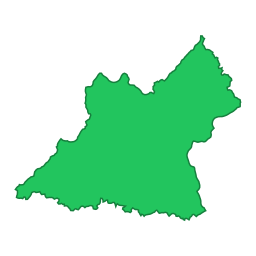 Serra do Salitre, Minas Gerais, Brazil
{"feature_id": "56859067B6682563181647", "entity_name": "Serra do Salitre", "entity_type": "district", "adm_level": 2, "iso_a3": "BRA", "parent_name": "Brazil", "parent_adm1": "Minas Gerais", "projection": "orthographic", "projection_center": [-46.658, -19.126], "detail": "fine", "context": "isolated", "style": "filled", "palette": "green", "viewbox_px": 256, "rotation_deg": 0, "n_neighbors": 0, "source": "geoboundaries", "source_scale": "gbopen_adm2", "svg_char_len": 5788}
<svg xmlns="http://www.w3.org/2000/svg" viewBox="0 0 256 256"><path d="M200.8,35.9L200.6,37.6L200.6,39.7L199.8,41.6L198.5,42.9L197.1,44.3L195.4,45.3L194.5,46.9L194.1,48.2L193.6,49.5L192.4,50.3L191.2,50.4L190.4,51.4L189.1,52.5L188.0,53.9L187.1,54.7L186.2,55.8L184.8,57.2L183.7,59.0L181.9,60.1L181.0,61.7L180.6,63.2L178.0,65.6L176.6,66.5L176.0,67.8L175.7,69.5L174.6,70.3L173.6,71.2L172.4,71.6L171.5,72.8L170.2,73.3L169.2,74.6L168.5,76.0L167.7,77.4L166.7,78.7L164.5,80.9L163.2,80.3L162.1,79.6L160.8,80.0L159.7,80.9L158.7,82.0L157.5,81.3L156.2,82.1L154.3,82.9L154.5,85.3L153.1,86.6L153.2,87.9L153.0,89.3L153.8,90.3L154.5,91.9L153.7,93.6L152.4,93.1L151.4,92.4L150.0,92.5L149.0,93.6L147.6,94.2L146.2,94.6L144.5,94.6L142.7,93.8L141.7,92.7L140.8,91.0L139.1,89.2L137.5,88.0L135.5,86.9L134.2,85.3L132.9,85.1L130.3,85.0L129.2,84.5L128.0,82.7L128.6,80.6L129.1,79.3L128.5,77.7L127.5,76.5L127.2,75.0L125.9,73.9L124.4,73.3L123.0,73.9L122.2,74.8L121.4,76.0L120.7,77.8L120.0,79.2L119.3,80.2L117.9,81.2L116.8,81.8L115.5,82.2L114.3,82.4L113.1,82.4L111.4,82.0L109.9,81.2L108.7,80.5L107.6,78.9L106.4,77.6L104.0,76.2L102.5,75.0L101.5,73.3L99.8,73.2L98.4,74.6L97.4,76.3L96.2,78.1L95.4,79.1L94.4,80.1L93.3,81.6L93.0,83.8L92.3,85.5L91.3,86.4L90.0,86.8L88.2,86.7L85.9,87.3L85.5,89.4L85.4,91.2L85.8,93.0L86.4,94.3L86.2,95.9L85.6,97.4L85.8,99.4L85.6,101.6L85.1,103.3L85.9,104.3L86.0,105.8L85.9,107.1L86.7,108.4L87.7,110.2L87.9,112.1L88.7,113.8L90.2,113.8L90.8,115.1L90.0,117.3L89.4,119.1L88.0,119.8L85.7,121.6L86.2,123.4L87.0,124.9L86.4,126.1L85.2,126.6L85.2,128.4L84.0,129.0L82.6,129.3L81.4,130.9L80.5,132.3L78.8,135.6L77.7,137.1L77.4,139.0L76.0,140.4L74.3,141.5L72.6,141.8L70.7,142.0L68.7,141.7L67.4,140.8L66.1,141.0L64.6,140.8L62.7,140.3L61.0,138.8L59.9,140.1L58.2,142.7L57.5,144.3L57.4,146.2L56.4,146.9L57.6,149.6L57.3,151.2L56.6,153.0L55.1,154.0L54.1,155.4L52.2,156.0L50.5,157.0L50.1,158.8L47.8,162.0L46.4,162.7L45.5,163.7L43.7,166.1L41.6,167.0L40.6,168.2L39.4,168.5L37.7,168.8L36.3,169.7L35.5,170.8L34.7,171.8L34.2,174.3L33.8,176.1L32.4,176.6L30.8,177.0L29.7,178.0L28.2,179.0L25.0,182.2L24.2,183.7L23.3,184.6L22.0,184.8L20.5,184.9L19.4,184.6L18.8,186.1L17.6,186.7L16.5,187.9L15.4,189.5L17.4,190.5L17.5,192.5L17.3,194.7L16.8,195.9L16.5,197.4L17.7,198.0L19.3,198.3L21.0,198.1L22.7,198.6L24.0,197.0L25.3,197.3L25.8,199.4L27.5,199.3L30.3,195.9L31.2,194.3L31.7,192.6L33.2,191.9L34.6,191.7L36.0,192.5L38.2,192.2L39.8,191.7L40.6,193.2L41.6,194.5L44.8,194.1L45.1,195.4L45.6,196.8L46.6,197.8L48.2,197.6L49.4,197.4L50.6,197.5L51.8,197.4L53.3,198.1L54.3,199.1L55.5,198.6L57.0,198.1L59.0,199.1L59.0,200.9L57.6,202.7L58.7,204.0L60.2,203.9L61.6,203.4L62.9,204.4L64.2,204.2L64.4,206.0L66.2,205.7L67.7,206.3L68.7,207.7L69.8,208.7L70.7,210.5L73.2,210.7L74.7,209.2L75.9,208.7L77.0,209.4L78.3,209.7L79.4,208.5L80.1,207.5L81.0,206.5L82.2,206.1L83.5,206.4L84.9,207.6L86.2,206.5L88.3,206.3L89.8,205.6L91.1,205.6L92.7,206.1L93.4,208.8L95.4,209.3L96.6,209.1L97.8,207.8L96.7,205.9L98.0,204.5L99.2,204.2L100.0,203.1L100.4,201.2L100.4,199.9L100.7,198.3L102.1,198.4L103.0,200.1L103.1,202.0L104.9,201.3L106.2,200.2L107.5,200.1L107.7,201.7L108.3,203.1L109.9,203.3L111.6,203.1L112.9,202.4L114.3,202.5L115.1,204.0L115.8,206.5L116.5,204.7L117.4,203.8L118.6,204.9L119.9,205.3L122.1,205.5L123.8,205.9L125.4,206.1L124.1,207.3L122.9,207.8L122.6,209.1L124.1,210.4L125.2,211.9L126.9,211.6L128.7,211.8L130.2,212.5L131.4,211.5L131.2,209.7L132.7,207.9L134.2,208.9L135.3,209.5L137.0,209.5L138.5,210.1L138.4,211.8L139.3,212.8L139.9,214.1L140.9,215.6L141.7,214.3L143.0,214.7L144.1,216.2L144.9,215.3L146.1,214.8L150.1,214.1L151.8,213.4L153.3,212.5L154.6,212.1L155.5,210.8L156.8,210.2L159.2,213.2L160.4,213.0L161.8,212.6L163.4,212.8L165.5,212.3L167.1,212.9L168.0,214.6L169.1,216.1L171.8,213.6L173.7,213.5L175.7,214.5L176.0,216.1L177.2,216.4L178.5,215.9L179.8,216.8L180.5,218.0L181.6,218.6L182.9,218.3L183.2,219.5L184.6,220.1L184.8,218.9L186.0,218.3L187.5,218.8L189.0,219.8L189.6,218.6L190.0,217.3L191.4,216.4L192.5,214.6L193.9,214.4L196.3,216.5L197.4,215.5L198.4,214.7L200.0,214.2L201.2,213.3L204.4,211.3L205.7,210.7L204.6,208.9L204.0,207.7L202.8,207.2L201.8,206.1L201.0,204.5L200.8,202.8L200.8,201.1L200.5,199.5L199.9,197.8L199.3,195.9L198.5,194.1L197.5,192.5L196.9,191.3L197.9,190.3L198.9,189.2L199.7,187.5L199.7,185.1L199.2,183.2L198.8,181.6L196.9,178.4L196.2,176.8L196.0,175.1L195.5,173.0L195.0,171.1L194.7,169.5L194.6,168.1L193.9,167.0L191.2,166.2L189.9,164.9L189.1,163.2L188.7,161.8L188.3,160.4L187.7,158.8L187.1,156.8L186.9,155.1L187.2,153.6L187.8,152.0L188.4,150.7L190.7,148.3L191.5,146.9L191.7,145.3L192.6,142.1L193.5,141.1L195.2,141.4L196.5,141.9L197.9,142.2L199.7,141.8L201.1,141.4L202.3,141.4L203.6,141.8L204.9,141.7L206.1,140.9L207.9,139.0L209.5,138.0L210.7,137.1L211.1,135.7L211.2,134.2L210.8,132.7L211.4,130.9L214.0,128.2L212.8,126.3L212.2,124.2L212.4,122.4L212.7,121.1L213.3,119.8L214.6,118.2L216.5,117.3L218.3,116.7L220.3,116.6L221.9,116.6L223.3,116.3L225.1,115.7L226.6,115.1L227.7,114.5L230.7,112.6L232.2,111.9L233.6,111.0L234.6,110.1L236.0,109.0L237.1,107.6L238.8,107.1L240.1,106.6L240.2,105.0L240.1,103.4L240.6,102.3L240.0,99.7L238.1,98.9L237.0,97.9L235.8,97.4L234.5,97.1L233.6,94.0L232.4,92.4L231.7,90.9L230.6,90.2L229.3,89.8L228.0,90.2L227.2,88.5L227.1,87.2L228.4,86.8L229.8,85.9L230.2,81.6L231.7,80.4L231.4,78.7L230.4,77.6L228.9,76.5L228.1,74.9L226.3,74.7L224.2,74.0L222.9,75.1L221.7,74.9L221.2,73.8L221.8,72.0L222.9,70.7L221.6,69.5L222.0,67.8L220.7,68.3L218.7,68.3L218.4,66.5L219.6,65.3L219.5,63.6L218.6,62.7L218.4,61.3L217.5,59.9L217.8,58.0L216.5,57.3L215.1,57.9L214.3,56.5L213.7,55.0L212.4,54.0L212.9,52.4L210.6,50.8L209.6,50.0L207.7,49.5L205.8,49.6L204.8,48.0L204.2,46.3L203.3,45.3L202.5,44.3L202.6,42.8L203.3,41.4L203.7,40.1L204.5,38.6L203.0,37.6L202.3,36.0L200.8,35.9Z" fill="#22c55e" stroke="#15803d" stroke-width="1.5"/></svg>